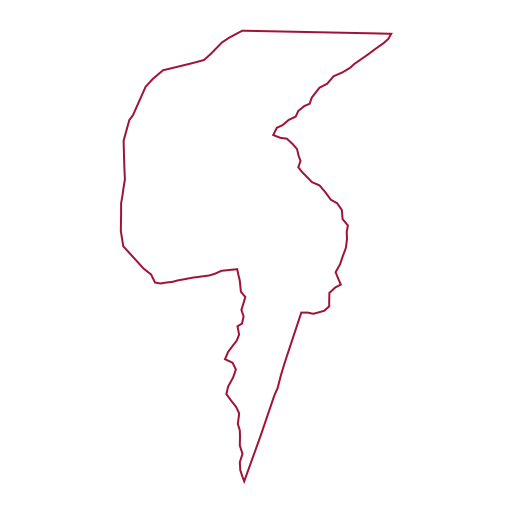 the district of Volta Redonda, Rio de Janeiro, Brazil
{"feature_id": "56859067B42382109860230", "entity_name": "Volta Redonda", "entity_type": "district", "adm_level": 2, "iso_a3": "BRA", "parent_name": "Brazil", "parent_adm1": "Rio de Janeiro", "projection": "orthographic", "projection_center": [-44.078, -22.523], "detail": "fine", "context": "isolated", "style": "outline", "palette": "rose", "viewbox_px": 512, "rotation_deg": 0, "n_neighbors": 0, "source": "geoboundaries", "source_scale": "gbopen_adm2", "svg_char_len": 1650}
<svg xmlns="http://www.w3.org/2000/svg" viewBox="0 0 512 512"><path d="M391.2,33.8L375.0,33.4L242.3,30.7L229.1,37.7L221.9,42.5L210.8,53.9L204.0,60.0L191.7,63.3L168.7,68.9L163.1,70.2L152.8,78.9L145.6,86.8L133.0,115.1L129.3,120.1L123.6,140.7L124.3,166.1L124.9,179.4L123.5,187.9L122.4,196.0L121.1,203.3L121.1,214.1L120.8,231.0L123.3,246.3L132.7,256.6L143.4,268.4L151.1,274.5L155.0,282.5L160.4,283.5L166.5,282.5L172.3,281.9L178.2,280.3L184.5,279.2L193.0,277.6L209.2,275.5L215.0,273.7L221.4,270.8L237.2,269.2L238.4,275.0L239.8,280.7L240.9,291.8L245.3,297.0L243.1,304.5L241.4,309.9L243.6,316.5L242.0,323.6L237.5,326.3L239.1,334.6L236.7,340.7L232.7,345.8L228.1,351.9L225.0,359.2L232.5,362.7L235.9,369.4L233.1,377.5L228.1,386.6L226.4,394.1L231.4,401.0L236.2,407.0L239.2,413.5L237.8,423.9L239.8,430.3L240.0,437.0L239.8,445.4L242.5,453.9L239.8,462.2L240.3,470.1L242.1,475.8L244.2,481.3L260.6,435.8L270.1,407.9L274.5,395.0L277.7,387.9L280.7,376.0L284.9,362.1L301.3,312.6L307.7,312.6L313.3,313.8L318.6,312.4L324.4,310.7L329.2,306.3L329.2,300.5L329.4,292.8L335.5,287.3L340.8,284.6L338.1,278.3L335.6,272.2L340.0,264.4L343.1,255.3L345.9,247.8L347.0,239.1L346.7,231.8L347.9,225.5L342.6,219.1L341.9,210.1L337.1,203.2L330.9,199.8L324.7,191.4L319.5,185.4L311.9,182.1L306.1,176.1L302.2,172.2L298.3,167.3L300.5,160.9L298.5,155.5L297.1,149.2L293.0,144.4L286.9,138.7L280.2,137.8L273.2,135.0L276.8,127.8L282.3,125.3L288.7,119.9L295.7,116.6L298.3,110.9L304.2,106.1L309.7,103.7L311.7,97.7L315.0,93.4L319.5,87.7L327.2,83.7L333.6,76.2L342.6,72.3L350.1,67.8L354.4,63.9L368.3,54.2L374.7,49.4L383.6,43.1L388.3,38.9L391.2,33.8Z" fill="none" stroke="#9f1239" stroke-width="2"/></svg>